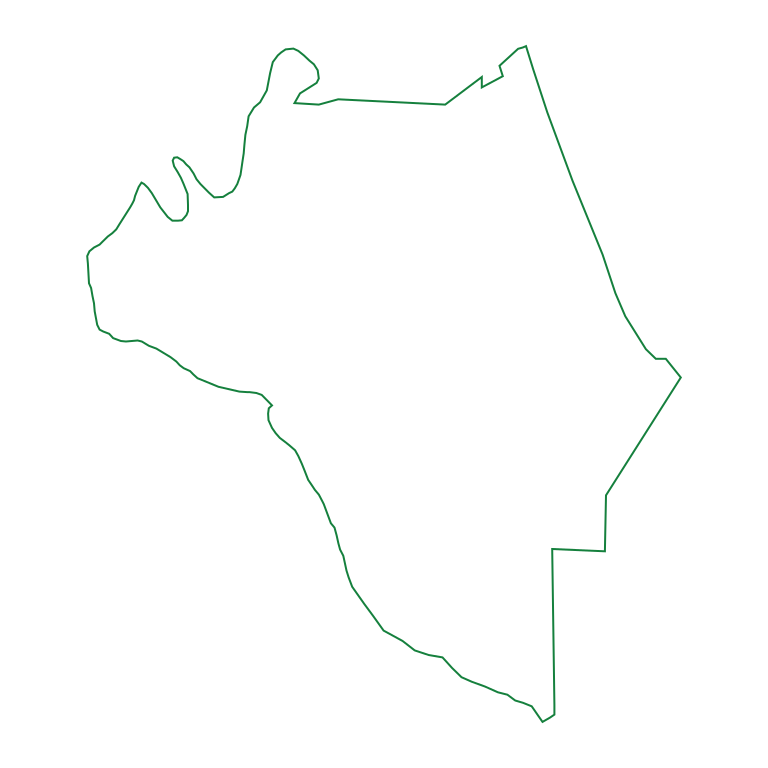 the district of Kuala Langat, Selangor, Malaysia
{"feature_id": "92858781B2422133740592", "entity_name": "Kuala Langat", "entity_type": "district", "adm_level": 2, "iso_a3": "MYS", "parent_name": "Malaysia", "parent_adm1": "Selangor", "projection": "equal_earth", "projection_center": [101.422, 2.81], "detail": "fine", "context": "isolated", "style": "outline", "palette": "green", "viewbox_px": 768, "rotation_deg": 0, "n_neighbors": 0, "source": "geoboundaries", "source_scale": "gbopen_adm2", "svg_char_len": 2250}
<svg xmlns="http://www.w3.org/2000/svg" viewBox="0 0 768 768"><path d="M526.0,46.1L522.8,47.5L518.1,48.8L499.5,65.8L502.8,76.2L481.8,87.4L481.8,77.0L445.2,104.6L338.2,99.3L318.8,104.6L294.5,103.1L300.0,93.4L316.6,82.9L318.8,78.5L317.7,70.3L313.9,64.3L309.4,60.6L303.9,55.4L298.3,50.9L293.4,48.6L285.6,49.4L281.2,52.4L277.8,55.4L272.8,62.1L270.1,73.2L266.8,90.4L260.1,102.3L254.0,107.5L248.6,116.3L247.2,126.2L245.4,134.8L244.4,144.9L243.7,153.4L242.6,160.6L241.5,168.2L240.5,174.9L239.0,179.2L237.3,184.0L234.8,188.3L232.3,191.6L229.1,193.1L223.1,196.9L214.2,197.4L208.9,192.6L200.4,184.0L196.5,179.2L193.6,173.5L189.4,167.3L186.2,164.4L183.4,161.1L180.5,159.2L177.3,157.3L174.1,157.7L172.7,160.6L174.1,166.3L177.7,172.1L180.9,177.8L183.4,183.5L187.6,194.0L188.0,205.0L188.0,211.2L186.5,215.0L184.1,217.9L181.9,220.3L177.7,220.7L175.2,220.7L172.4,220.7L167.7,216.9L160.3,207.4L151.8,193.1L147.9,187.8L144.0,184.0L141.5,182.6L138.7,186.9L135.1,195.9L134.0,200.2L132.3,203.6L130.1,207.4L119.5,224.1L116.3,229.3L112.4,233.1L107.8,236.5L102.5,241.7L99.6,244.6L94.0,247.5L89.4,251.3L87.2,256.1L87.9,263.7L89.0,283.3L91.1,288.0L92.5,296.1L94.0,303.3L94.7,311.4L97.2,324.8L99.6,329.6L103.2,331.5L109.2,333.8L113.1,338.1L120.9,341.0L125.9,341.5L137.6,340.5L141.8,341.5L148.9,345.8L156.4,348.6L163.5,352.9L170.6,357.2L176.3,361.5L179.8,365.3L183.7,368.2L190.1,371.1L193.3,374.4L197.5,378.2L218.5,386.8L239.4,391.6L246.8,392.1L249.3,392.1L256.4,393.0L261.7,394.9L272.0,405.4L268.8,408.3L268.1,413.6L268.5,420.2L272.0,427.9L275.6,433.1L279.8,437.9L284.8,441.7L289.1,445.1L295.1,450.3L298.3,456.0L301.8,463.7L304.3,469.9L308.2,479.9L311.8,485.2L314.9,489.9L318.9,494.7L322.4,501.4L323.8,504.2L330.9,523.3L334.5,527.6L336.6,535.3L338.4,543.4L340.1,549.6L343.3,555.8L346.5,570.6L348.6,577.3L352.2,586.8L364.3,604.0L373.1,615.9L383.6,630.6L402.6,641.0L414.7,650.4L428.6,655.0L442.5,657.4L452.0,667.9L461.5,677.2L471.9,681.8L484.9,686.5L497.9,692.3L507.4,694.7L515.2,700.5L523.0,702.8L531.7,706.3L542.5,721.9L550.0,717.6L554.4,714.6L554.4,704.9L552.2,549.0L604.9,551.3L606.0,495.3L680.8,377.5L665.8,358.8L655.8,358.8L645.9,349.2L625.3,316.3L615.4,293.2L602.6,254.6L572.5,180.7L547.3,112.4L533.1,69.0L526.0,46.1Z" fill="none" stroke="#15803d" stroke-width="2"/></svg>